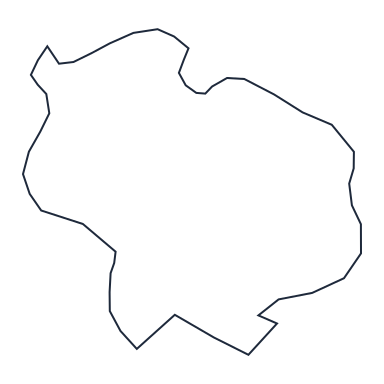 the border of Saatlı
{"feature_id": "AZE-1713", "entity_name": "Saatlı", "entity_type": "District", "adm_level": 1, "iso_a3": "AZE", "parent_name": "Azerbaijan", "parent_adm1": "", "projection": "robinson", "projection_center": [48.434, 39.807], "detail": "fine", "context": "isolated", "style": "outline", "palette": "slate", "viewbox_px": 384, "rotation_deg": 0, "n_neighbors": 0, "source": "natural_earth", "source_scale": "10m", "svg_char_len": 725}
<svg xmlns="http://www.w3.org/2000/svg" viewBox="0 0 384 384"><path d="M157.6,29.2L174.1,36.5L188.5,48.3L183.8,59.8L178.9,72.9L185.7,85.3L196.3,92.9L205.3,93.6L212.1,86.5L227.0,78.0L244.3,79.0L274.0,94.4L302.6,112.4L331.8,124.8L353.9,151.8L353.7,168.4L349.2,183.6L351.9,205.3L360.9,224.2L361.0,253.4L344.0,278.2L312.2,292.9L278.6,299.4L258.4,315.4L277.0,323.5L248.4,354.8L213.9,337.5L174.8,314.8L136.8,348.9L120.5,331.0L109.8,311.1L109.6,292.1L110.6,273.2L114.2,263.0L115.6,251.7L82.9,224.0L41.2,210.5L29.7,193.9L23.0,174.1L28.9,151.7L40.3,131.6L49.3,113.3L46.3,94.0L37.7,84.7L30.9,74.9L37.9,60.2L47.3,46.3L59.0,63.7L73.5,62.0L91.8,53.0L109.9,43.3L133.4,32.9L157.6,29.2Z" fill="none" stroke="#1e293b" stroke-width="2"/></svg>